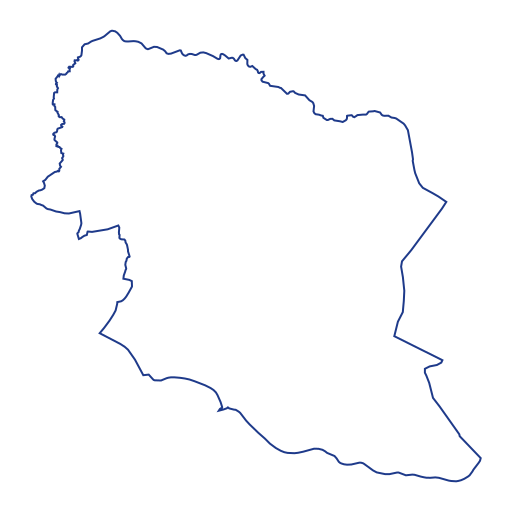 the district of Khok Pho, Pattani, Thailand
{"feature_id": "78962969B27197840775021", "entity_name": "Khok Pho", "entity_type": "district", "adm_level": 2, "iso_a3": "THA", "parent_name": "Thailand", "parent_adm1": "Pattani", "projection": "orthographic", "projection_center": [101.073, 6.699], "detail": "fine", "context": "isolated", "style": "outline", "palette": "blue", "viewbox_px": 512, "rotation_deg": 0, "n_neighbors": 0, "source": "geoboundaries", "source_scale": "gbopen_adm2", "svg_char_len": 5784}
<svg xmlns="http://www.w3.org/2000/svg" viewBox="0 0 512 512"><path d="M446.3,201.9L438.4,196.5L432.7,193.2L422.8,187.8L419.2,183.3L415.2,173.2L414.4,169.9L412.7,160.8L413.0,159.3L412.0,152.2L407.9,130.2L405.1,125.4L403.6,123.6L396.2,118.5L394.7,118.0L391.4,117.5L388.4,115.7L384.3,115.8L382.8,115.5L381.7,114.8L380.1,112.5L374.6,111.0L373.2,111.3L368.9,111.6L368.3,112.1L367.0,113.9L366.0,114.6L362.9,114.6L357.4,115.1L356.4,115.9L354.3,117.2L352.9,116.6L352.1,115.5L351.6,115.2L347.3,115.7L347.0,115.9L347.0,118.0L346.6,119.4L345.7,120.3L342.7,122.0L340.1,121.3L334.3,120.4L332.4,118.8L330.2,118.9L327.9,120.0L326.8,120.0L323.4,117.8L322.8,115.8L321.2,115.5L319.0,114.7L315.6,114.2L314.3,113.1L313.5,111.4L314.1,106.0L313.3,103.2L312.4,102.0L309.4,100.2L305.1,95.4L298.7,94.5L295.1,92.9L293.7,91.4L293.1,91.2L290.0,91.8L288.3,93.6L287.0,93.8L281.0,88.0L279.9,87.8L278.4,87.0L270.1,85.8L268.9,83.7L268.2,83.1L262.6,81.7L261.5,80.4L261.4,79.2L263.2,77.0L264.6,75.7L263.5,73.6L263.5,71.8L261.0,71.9L259.6,73.1L258.6,73.0L258.1,72.5L257.7,70.9L257.1,69.8L255.7,69.1L252.3,66.0L250.4,66.8L249.2,66.6L248.7,66.3L247.8,65.3L247.3,64.0L247.4,59.9L245.3,58.1L243.6,54.7L242.8,54.6L240.7,55.5L237.4,60.5L236.4,61.0L235.5,60.8L234.9,60.3L233.9,58.7L232.7,57.8L231.5,57.8L228.7,58.5L225.0,55.4L223.3,54.3L222.1,53.9L221.4,54.0L220.8,54.4L220.5,55.1L220.1,58.3L219.3,59.0L218.7,59.1L217.5,58.8L213.0,56.1L206.2,53.1L203.3,52.4L200.3,52.7L197.0,54.6L195.9,55.0L194.8,55.0L191.8,54.0L189.9,53.9L188.2,54.3L186.6,55.5L185.4,55.8L184.0,55.3L182.7,54.3L181.9,53.1L180.8,50.5L179.8,50.3L171.0,53.6L168.4,53.9L166.6,53.3L165.2,51.3L163.2,49.6L157.1,47.0L154.0,46.8L148.3,49.1L147.4,49.1L145.7,48.3L141.5,43.4L138.3,41.8L135.8,41.3L133.6,41.1L127.9,41.5L125.7,41.4L124.3,41.1L122.9,40.1L121.9,39.0L120.1,35.9L117.3,32.8L115.1,31.3L112.0,30.7L110.3,31.3L104.3,36.3L103.1,37.0L100.3,38.4L92.5,40.9L91.0,41.6L88.1,43.5L84.6,44.3L82.0,47.3L82.0,50.6L81.4,55.2L80.9,56.0L80.1,56.7L77.9,57.4L77.9,57.9L78.6,59.7L78.4,60.3L77.8,60.6L77.1,60.0L76.2,60.4L74.7,60.3L74.5,61.3L75.3,63.3L73.2,64.9L73.1,65.4L73.3,66.2L73.0,66.7L72.4,66.9L69.2,66.7L68.5,67.5L68.6,67.9L69.9,68.5L69.6,69.2L69.7,71.3L68.1,71.4L67.6,72.4L66.7,73.0L66.3,73.8L65.2,74.6L62.3,74.6L61.0,74.1L60.0,74.4L59.5,74.7L59.8,75.2L59.3,76.0L59.0,75.0L58.6,75.9L57.9,75.6L57.6,76.3L55.6,78.8L55.8,81.0L56.3,82.2L56.9,82.8L56.0,83.7L55.9,84.2L56.1,84.5L56.9,84.7L56.9,86.7L57.6,87.4L58.0,88.2L57.3,89.5L57.2,92.3L55.0,92.3L54.1,93.0L53.7,97.4L54.0,98.5L53.1,99.9L52.7,102.9L52.7,104.2L52.9,104.5L53.9,104.2L54.5,104.3L54.3,105.8L55.2,106.9L55.3,110.0L55.6,110.4L57.6,111.8L57.4,112.5L58.9,115.2L58.6,116.0L58.8,116.5L59.8,117.2L61.6,117.1L62.6,118.5L64.3,119.6L64.3,120.1L63.8,121.3L64.5,122.2L64.6,122.9L64.1,123.8L62.2,124.0L61.1,124.9L61.2,125.7L62.4,126.7L62.2,127.1L57.7,128.7L57.3,129.4L57.1,131.1L56.5,132.2L54.5,132.7L53.3,133.8L53.2,134.5L53.5,135.0L54.5,135.2L55.1,136.3L54.4,139.2L54.6,140.1L57.3,142.5L57.3,143.0L56.4,144.5L56.4,146.2L56.8,146.3L57.7,145.9L58.2,146.9L59.5,147.0L60.2,148.0L61.5,148.8L61.0,150.1L61.3,153.0L63.3,153.6L62.9,154.8L63.3,155.7L63.3,156.4L62.1,158.1L62.7,159.5L62.7,160.1L59.7,163.5L60.1,165.7L61.0,166.8L59.3,168.8L59.3,170.7L59.0,171.3L58.5,171.4L57.8,170.9L56.8,171.6L54.8,172.0L47.8,176.7L45.3,179.9L43.1,181.3L44.0,182.9L44.8,185.6L44.3,188.2L42.0,189.7L40.3,190.3L38.9,190.5L36.5,191.8L35.1,193.2L33.5,193.3L32.8,194.8L31.6,195.1L31.3,196.5L32.2,199.0L34.2,201.7L36.2,203.3L37.2,203.9L39.9,204.3L41.1,204.9L43.1,205.6L46.5,208.5L47.9,209.1L50.3,209.5L56.1,211.5L60.0,212.1L64.6,213.3L68.9,213.5L79.5,211.1L80.1,213.6L81.4,223.2L81.1,224.9L79.7,229.1L78.9,230.6L78.6,232.1L77.4,233.3L77.3,233.7L78.9,239.0L81.0,238.1L82.2,237.1L84.4,235.7L86.8,235.0L87.6,231.6L87.8,231.5L92.0,231.9L107.7,229.3L118.3,225.5L119.3,227.6L118.9,232.3L119.1,234.4L119.5,234.7L119.6,235.0L119.4,237.9L120.2,238.8L121.3,239.3L124.4,239.5L125.3,240.6L125.6,242.5L126.8,244.4L127.1,245.4L128.0,249.8L128.0,251.3L129.6,256.5L129.4,256.9L128.1,257.0L126.8,258.6L126.4,260.8L125.7,262.0L125.3,264.8L126.2,268.5L126.1,269.1L125.5,270.2L125.2,271.5L123.8,275.4L123.4,278.7L129.3,279.9L131.8,281.1L132.0,286.3L131.8,286.9L128.6,292.7L126.2,296.6L124.6,298.6L122.8,300.3L121.1,301.3L117.3,302.1L117.2,303.8L115.6,310.5L113.2,314.9L109.4,320.8L104.2,327.8L99.7,333.2L120.4,344.0L124.7,346.8L128.0,349.7L135.0,359.7L143.3,375.2L148.7,374.6L152.9,379.2L153.6,379.9L154.7,380.3L161.0,380.5L166.6,378.2L168.4,377.7L171.2,377.3L174.0,377.3L180.0,377.8L184.9,378.5L189.5,379.5L194.5,381.2L205.1,385.3L210.5,388.0L213.5,390.0L215.9,392.4L217.5,395.1L220.6,402.1L222.2,407.2L221.9,408.0L220.7,408.4L219.9,409.0L218.8,410.7L223.4,409.5L226.8,408.3L227.9,407.4L229.2,408.4L233.9,409.6L235.7,409.8L237.7,411.0L239.2,412.0L240.2,412.9L246.1,420.6L249.6,424.4L258.2,432.7L264.8,438.5L269.9,443.6L275.8,448.0L280.8,450.8L284.3,452.2L287.6,452.9L294.4,453.2L298.0,452.8L303.2,451.7L314.1,448.7L318.5,448.8L322.5,449.8L325.1,451.3L327.1,452.9L334.5,456.0L336.6,458.4L338.8,461.8L340.3,463.0L341.5,463.5L344.0,464.3L347.1,464.7L351.3,464.5L359.2,462.7L361.0,462.7L362.9,463.2L364.1,463.9L373.0,470.4L376.7,472.4L385.0,474.1L389.6,474.1L397.2,472.5L398.5,472.5L405.9,475.3L412.4,474.6L414.6,474.8L420.8,476.6L424.0,477.3L426.3,477.7L430.3,477.8L435.3,477.4L438.9,477.8L448.8,480.6L451.2,481.0L456.2,481.3L458.5,480.9L461.1,480.2L464.3,478.8L468.1,476.5L469.6,475.3L472.4,471.5L473.4,469.7L478.6,462.9L480.0,460.8L480.7,458.1L459.7,436.2L459.3,434.3L439.7,406.6L433.0,397.9L429.2,382.9L426.3,375.5L424.9,372.7L424.9,368.8L429.7,366.4L436.9,365.0L441.3,362.6L442.4,360.2L394.3,336.2L397.9,321.7L402.8,312.1L403.8,301.0L404.3,290.8L402.9,277.2L401.1,266.6L402.0,261.3L411.2,250.2L441.9,208.7L446.3,201.9Z" fill="none" stroke="#1e3a8a" stroke-width="2"/></svg>